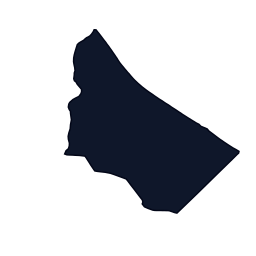 São João da Barra, Rio de Janeiro, Brazil, rotated 316°
{"feature_id": "56859067B49763228552069", "entity_name": "São João da Barra", "entity_type": "district", "adm_level": 2, "iso_a3": "BRA", "parent_name": "Brazil", "parent_adm1": "Rio de Janeiro", "projection": "albers", "projection_center": [-41.074, -21.765], "detail": "fine", "context": "isolated", "style": "filled", "palette": "ink", "viewbox_px": 256, "rotation_deg": 316, "n_neighbors": 0, "source": "geoboundaries", "source_scale": "gbopen_adm2", "svg_char_len": 2132}
<svg xmlns="http://www.w3.org/2000/svg" viewBox="0 0 256 256"><g transform="rotate(316 128 128)"><path d="M191.6,221.9L190.6,218.2L189.7,215.4L189.0,212.5L188.4,210.0L187.9,207.7L187.2,204.5L186.8,202.4L186.3,200.2L185.9,197.8L185.3,194.0L185.0,191.9L184.1,186.5L184.3,183.6L181.6,177.4L181.6,174.6L180.6,171.9L180.0,169.4L179.3,166.8L178.6,164.0L177.9,161.2L177.2,158.2L176.7,156.3L176.3,154.0L175.7,151.6L175.1,148.6L174.3,145.3L173.8,143.3L173.5,141.5L173.0,139.1L172.3,136.6L171.9,134.8L171.4,132.2L170.6,129.2L170.1,126.8L169.7,124.9L169.3,123.0L169.0,121.1L168.5,118.8L168.0,116.5L167.5,113.7L167.1,111.0L166.7,108.4L166.5,105.9L166.2,102.9L166.1,100.5L166.0,98.4L166.0,96.1L166.1,94.0L166.2,92.0L166.4,89.9L166.4,87.7L166.6,85.4L166.7,83.4L166.9,81.3L167.1,78.2L167.4,75.3L167.9,72.5L168.5,70.0L168.8,68.0L169.2,65.9L169.6,63.3L170.1,60.5L170.4,58.2L170.8,55.9L171.1,53.1L171.5,50.8L171.8,47.7L172.1,45.3L172.4,42.9L172.7,40.2L172.9,37.8L173.2,35.2L171.9,33.8L169.9,34.6L166.9,35.2L164.5,35.3L162.7,34.9L161.0,34.3L159.2,34.1L157.0,34.1L153.6,33.2L151.7,32.8L149.5,32.8L146.7,34.3L143.1,36.3L140.1,38.1L137.6,39.9L134.9,42.5L133.2,45.0L131.6,47.6L129.7,50.0L127.6,51.1L126.2,52.5L124.6,53.8L123.2,54.9L122.3,56.8L122.6,58.7L121.9,61.3L121.7,64.5L121.5,67.8L119.9,69.6L118.1,70.6L114.6,71.2L111.2,70.1L108.2,69.3L103.9,69.1L102.0,69.7L99.6,71.5L98.6,73.8L98.2,76.0L96.8,77.6L93.0,82.8L88.8,85.8L85.9,88.4L82.0,90.5L79.2,92.4L77.3,94.7L75.4,98.1L73.3,100.1L70.8,101.5L67.7,101.3L64.4,102.7L65.4,104.8L66.7,106.2L68.0,107.6L69.3,108.9L70.9,110.7L74.2,114.2L77.5,118.3L77.3,120.2L76.9,122.0L76.3,125.1L75.5,128.8L74.6,133.9L74.3,135.8L75.9,138.0L78.2,140.8L80.8,143.9L83.9,148.3L85.6,151.6L87.5,155.5L90.4,161.5L91.3,163.5L91.1,165.9L90.5,170.5L90.1,174.2L89.9,176.1L88.9,184.5L88.6,187.0L88.4,189.5L87.3,191.6L85.5,192.5L85.1,196.1L86.0,198.3L86.7,200.0L88.7,204.1L89.8,205.6L91.2,207.1L93.4,209.2L96.5,212.3L98.8,214.6L100.2,216.1L101.7,219.0L102.9,221.4L104.1,223.2L127.3,223.2L134.3,223.2L148.8,223.1L160.0,223.0L181.0,222.9L188.3,222.8L190.1,222.9L191.6,221.9Z" fill="#0f172a" stroke="#020617" stroke-width="1.5"/></g></svg>